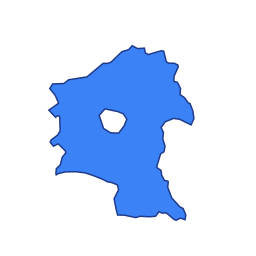 SVG path tracing the border of Leicestershire, rotated 112°
{"feature_id": "GBR-2054", "entity_name": "Leicestershire", "entity_type": "Kingdom", "adm_level": 1, "iso_a3": "GBR", "parent_name": "United Kingdom", "parent_adm1": "", "projection": "mercator", "projection_center": [-1.072, 52.67], "detail": "fine", "context": "isolated", "style": "filled", "palette": "blue", "viewbox_px": 256, "rotation_deg": 112, "n_neighbors": 0, "source": "natural_earth", "source_scale": "10m", "svg_char_len": 1432}
<svg xmlns="http://www.w3.org/2000/svg" viewBox="0 0 256 256"><g transform="rotate(112 128 128)"><path d="M191.6,40.7L192.0,45.9L195.2,48.4L195.7,50.6L192.3,60.7L194.1,64.4L194.0,67.9L199.5,69.4L202.2,74.7L205.5,84.2L208.1,87.1L210.2,98.8L212.6,105.0L207.0,109.1L198.8,114.4L188.8,113.6L184.7,116.6L184.7,122.6L185.6,127.2L185.1,132.4L185.1,143.0L185.6,150.5L187.9,159.5L192.0,169.3L196.1,175.3L198.3,177.0L197.5,177.7L192.6,179.2L187.5,177.0L179.8,178.0L174.3,176.4L172.7,177.5L168.8,186.8L172.8,190.3L170.2,194.9L167.9,194.8L160.7,190.5L156.0,189.9L143.2,195.5L142.6,196.4L143.3,198.2L145.2,199.1L141.1,208.1L131.0,201.6L124.9,207.8L120.8,215.3L115.4,214.4L110.8,204.1L105.5,201.1L96.0,185.2L77.4,175.3L75.8,171.3L73.5,168.5L59.4,162.2L55.2,156.8L50.1,154.9L50.8,148.9L47.8,142.7L51.8,140.2L52.3,136.7L43.9,126.1L43.4,123.7L52.1,117.4L52.7,114.9L50.6,109.2L50.9,105.5L52.5,104.3L63.0,104.7L66.8,103.2L67.6,102.5L67.1,99.4L71.7,94.1L77.5,92.2L78.7,87.1L82.4,81.0L82.0,79.8L87.7,74.4L94.5,70.4L101.5,70.7L100.6,83.5L102.1,89.5L108.3,95.8L115.1,97.5L119.0,93.4L125.0,91.7L131.1,86.8L136.5,85.7L139.8,88.1L153.0,86.9L154.2,85.4L154.9,81.5L159.2,79.1L163.0,74.4L162.3,71.3L162.9,70.5L168.1,69.0L176.5,61.2L181.7,50.4L182.0,46.7L187.1,41.8L191.6,40.7ZM127.1,159.5L137.6,150.5L139.0,142.2L136.2,134.7L127.5,132.4L120.2,132.4L116.6,137.7L116.6,143.7L118.9,156.5L127.1,159.5Z" fill="#3b82f6" stroke="#1e3a8a" stroke-width="1.5"/></g></svg>